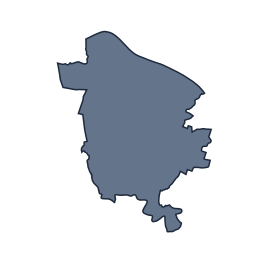 Go Cong Tay, Tiền Giang, Vietnam (orthographic projection), rotated 201°
{"feature_id": "81297802B95643835690721", "entity_name": "Go Cong Tay", "entity_type": "district", "adm_level": 2, "iso_a3": "VNM", "parent_name": "Vietnam", "parent_adm1": "Tiền Giang", "projection": "orthographic", "projection_center": [106.581, 10.355], "detail": "fine", "context": "isolated", "style": "filled", "palette": "slate", "viewbox_px": 256, "rotation_deg": 201, "n_neighbors": 0, "source": "geoboundaries", "source_scale": "gbopen_adm2", "svg_char_len": 5575}
<svg xmlns="http://www.w3.org/2000/svg" viewBox="0 0 256 256"><g transform="rotate(201 128 128)"><path d="M43.7,54.6L43.8,56.0L43.9,57.1L44.0,57.7L44.3,58.5L45.4,58.7L46.1,59.0L48.3,60.2L49.4,61.0L50.2,61.7L51.6,63.4L52.5,64.3L52.5,64.5L52.4,64.7L48.8,67.1L48.5,67.4L48.3,67.8L48.1,68.2L47.9,68.9L47.9,69.3L48.2,70.1L48.4,70.5L48.8,70.9L49.3,71.1L49.7,71.1L50.8,71.0L51.9,70.8L55.2,69.7L56.4,69.5L58.0,69.5L59.3,69.8L60.2,70.2L61.2,70.8L61.7,71.0L62.0,70.8L62.2,70.4L63.2,69.9L63.9,69.1L64.1,69.1L65.1,69.2L65.4,68.8L65.6,68.1L65.7,67.8L65.9,67.5L66.4,67.0L66.8,66.9L68.1,66.8L68.3,66.7L69.1,68.0L70.6,67.4L71.6,68.3L72.3,69.2L72.9,70.3L73.4,71.7L74.2,74.3L74.8,77.0L75.3,80.6L75.3,81.4L74.5,81.2L74.3,81.3L73.6,81.6L73.4,81.8L72.9,82.7L71.7,83.5L71.0,84.5L70.5,84.8L69.9,84.9L69.5,85.2L68.9,86.3L68.4,86.7L68.3,87.2L68.3,87.7L68.5,88.4L68.4,88.9L66.8,92.1L65.2,98.1L64.0,100.4L63.6,102.1L63.6,106.3L61.1,106.0L57.3,105.4L57.6,110.4L52.9,110.7L52.6,114.6L51.0,115.4L48.8,116.2L46.4,116.8L44.5,117.3L41.5,118.8L39.7,119.9L39.1,120.5L39.0,121.4L39.2,123.2L39.7,127.3L43.8,126.5L44.9,126.4L45.8,126.4L45.9,126.6L46.1,126.9L46.1,127.4L46.3,133.1L49.3,133.0L50.0,132.9L50.6,132.9L50.9,133.0L51.2,133.2L51.5,133.5L51.6,134.0L51.8,135.1L51.8,136.2L51.6,137.3L51.4,137.5L51.0,137.9L50.4,138.2L48.4,139.0L48.2,139.3L48.0,139.5L47.8,140.0L47.9,141.0L47.6,142.2L47.4,142.5L47.0,143.0L46.0,143.8L45.8,144.6L45.7,145.4L46.1,146.3L49.4,148.6L49.5,151.4L49.8,156.5L50.3,156.4L51.8,155.9L52.6,155.7L54.4,155.0L56.0,154.7L57.0,154.5L58.3,153.9L60.6,152.5L61.8,152.0L62.4,151.8L63.0,151.7L66.7,147.2L69.0,151.9L72.5,151.7L72.4,148.9L77.4,148.9L77.1,152.3L77.0,152.7L76.9,153.1L77.3,154.2L77.8,155.6L75.6,157.4L73.8,158.7L73.3,159.3L72.8,160.0L71.6,162.7L73.7,163.3L75.4,163.7L77.1,163.8L79.8,163.9L80.1,165.1L80.0,166.0L79.9,166.3L79.6,166.6L77.9,167.3L77.6,167.6L77.4,167.8L76.6,169.1L76.1,169.6L75.3,171.5L74.9,172.4L74.3,173.3L74.2,173.7L74.2,174.4L74.3,175.2L75.2,177.4L75.3,177.9L75.2,178.4L74.8,179.0L73.1,180.6L72.6,181.6L72.4,182.7L72.4,184.1L72.3,184.5L71.7,186.2L70.8,186.1L69.6,187.0L69.0,187.9L72.2,189.9L77.0,192.3L83.6,194.5L88.9,195.7L94.2,196.8L100.8,197.8L107.8,198.5L117.5,199.3L120.6,199.4L124.8,199.1L127.3,199.0L134.3,198.9L137.1,199.0L143.7,199.0L147.4,199.4L149.2,199.8L151.2,200.4L155.2,201.9L157.7,203.1L167.4,207.7L170.7,209.0L172.4,209.6L174.6,210.1L176.4,210.5L177.5,210.6L179.4,210.6L181.1,210.4L182.3,210.2L184.2,209.8L185.6,209.1L187.5,207.8L190.5,205.1L192.8,202.8L199.2,195.9L198.3,193.9L195.9,187.8L195.8,186.7L195.7,186.4L195.5,186.1L194.6,185.1L194.0,184.4L193.6,183.2L193.4,182.6L193.2,182.0L193.0,181.8L192.4,181.4L191.1,180.8L190.9,180.5L190.7,179.9L190.9,178.6L190.9,177.5L190.9,177.2L189.8,175.6L189.6,175.2L189.6,174.1L189.9,173.4L190.6,172.7L190.9,172.5L192.0,172.1L192.5,172.0L194.7,172.0L197.6,172.1L198.1,171.9L198.6,171.7L199.8,170.9L203.5,167.8L204.0,167.8L205.1,168.1L205.4,168.0L205.7,167.5L205.9,166.6L206.3,165.9L206.7,165.5L207.3,165.2L207.6,165.2L208.5,165.4L209.3,165.4L209.7,165.4L211.0,164.4L211.6,164.1L212.6,163.9L213.7,163.7L215.3,163.5L216.5,163.4L217.0,163.3L215.6,161.2L209.8,151.4L209.6,150.9L209.6,150.7L209.3,150.2L208.0,148.3L203.2,142.6L199.6,143.3L191.4,144.8L189.5,145.4L187.6,146.4L186.9,146.6L180.3,148.9L180.5,146.4L180.5,145.0L180.6,144.1L180.8,143.1L180.9,141.7L180.8,140.7L180.5,139.7L180.4,139.4L180.2,138.7L180.0,137.6L179.8,131.1L179.5,123.7L176.9,124.1L175.0,124.3L170.8,116.5L167.7,110.7L163.3,103.7L163.2,103.7L161.4,101.0L163.8,99.2L163.7,98.5L163.1,97.2L162.9,96.2L163.0,95.7L163.6,94.9L164.0,93.2L164.0,92.5L163.9,91.6L163.5,90.5L162.4,88.9L162.2,89.6L161.6,90.3L161.3,90.6L160.8,90.9L160.7,90.9L160.0,90.4L159.5,90.1L157.7,89.9L157.1,89.6L155.6,88.4L155.0,88.2L154.6,88.1L154.3,88.1L154.0,87.0L153.4,84.9L154.0,84.2L154.3,83.5L154.4,83.1L154.3,82.6L154.0,81.9L152.9,80.2L152.1,78.9L151.5,77.7L151.3,77.3L150.1,75.9L147.8,73.3L147.3,72.9L146.7,72.5L145.8,72.4L145.7,72.2L145.8,71.7L145.7,71.3L144.4,70.6L144.2,70.4L144.2,70.1L144.4,69.4L144.3,69.0L143.1,67.5L142.9,67.1L142.7,66.6L142.4,66.2L140.2,64.4L139.6,64.1L135.4,62.2L134.7,61.7L134.0,60.8L133.5,59.9L132.2,58.1L131.8,57.4L131.3,56.9L130.9,56.6L130.3,56.5L130.1,56.5L129.6,56.7L129.3,56.8L129.1,56.8L128.7,56.5L128.4,56.1L128.4,55.5L128.3,54.1L128.2,53.6L128.1,53.4L128.0,53.2L127.6,53.0L127.4,52.9L126.7,52.9L124.3,53.6L121.1,54.7L119.7,54.9L119.3,54.9L117.1,54.6L115.0,53.9L114.1,53.8L113.6,53.1L114.1,54.7L114.1,56.7L114.3,57.1L114.5,57.7L115.8,59.8L116.0,60.3L116.0,60.8L115.9,61.0L115.6,61.3L114.7,61.6L111.0,62.5L110.2,62.8L106.3,64.6L105.1,65.1L104.6,65.2L102.1,65.3L101.1,65.5L100.6,65.7L100.2,66.0L98.8,67.6L98.4,67.9L98.1,68.0L97.7,68.0L97.2,68.0L96.8,67.9L96.3,67.6L95.9,67.3L95.0,66.1L94.5,65.7L93.7,65.2L93.3,65.0L91.7,65.0L91.0,65.1L90.3,65.3L87.8,66.4L86.9,66.7L85.8,67.0L85.1,67.0L84.5,66.9L84.3,66.8L84.0,66.6L83.7,66.1L83.6,65.7L83.5,65.1L83.6,63.4L84.1,60.6L84.5,57.8L84.5,56.3L84.3,55.6L84.2,55.4L83.9,55.1L83.4,54.6L82.8,54.3L82.5,54.2L81.8,54.1L79.0,54.0L77.2,54.2L76.4,54.3L75.2,54.7L74.5,54.8L73.9,54.6L73.6,54.4L73.3,53.8L72.9,51.3L72.7,50.4L72.5,50.2L72.3,50.0L71.9,49.7L71.5,49.6L71.1,49.6L70.7,49.7L69.6,50.3L68.9,50.8L68.0,51.5L67.2,52.4L65.8,54.5L64.9,55.9L64.4,56.9L63.9,57.6L63.4,58.2L62.6,58.8L62.3,58.7L62.0,58.5L61.8,58.2L61.6,58.0L60.4,55.1L58.6,51.4L57.7,49.8L56.9,48.8L55.9,47.9L55.4,47.1L55.0,46.6L54.6,45.7L54.3,45.5L54.1,45.4L53.8,45.4L53.4,45.5L51.9,46.3L49.5,47.2L49.1,47.5L48.2,48.4L47.5,49.4L45.1,51.6L44.7,52.0L44.6,52.3L43.9,54.2L43.7,54.6Z" fill="#64748b" stroke="#1e293b" stroke-width="1.5"/></g></svg>